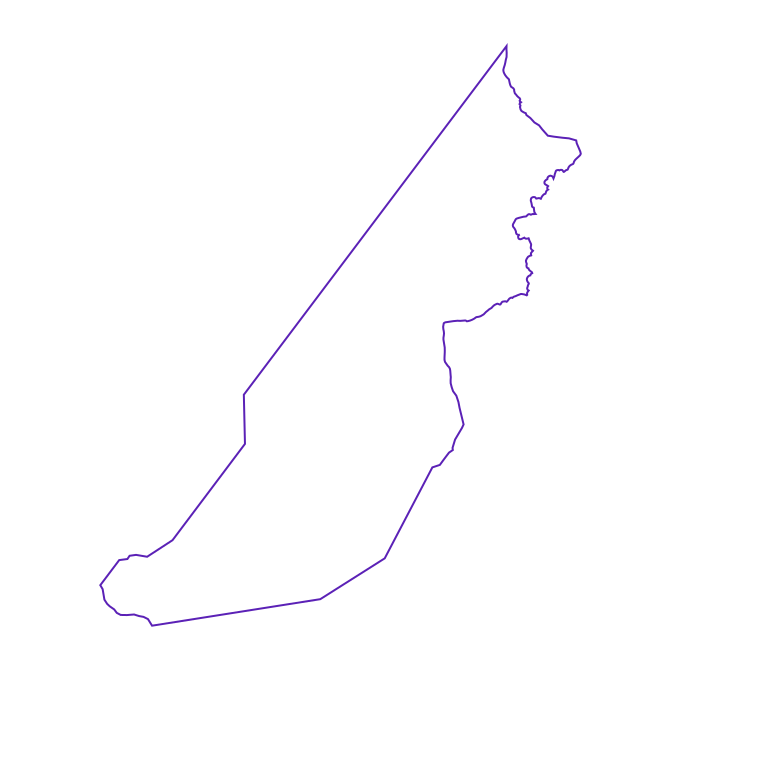 the district of Acurenam, Centro Sur, Equatorial Guinea, rotated 127°
{"feature_id": "11065452B93144755032170", "entity_name": "Acurenam", "entity_type": "district", "adm_level": 2, "iso_a3": "GNQ", "parent_name": "Equatorial Guinea", "parent_adm1": "Centro Sur", "projection": "albers", "projection_center": [10.388, 1.118], "detail": "fine", "context": "isolated", "style": "outline", "palette": "violet", "viewbox_px": 768, "rotation_deg": 127, "n_neighbors": 0, "source": "geoboundaries", "source_scale": "gbopen_adm2", "svg_char_len": 5821}
<svg xmlns="http://www.w3.org/2000/svg" viewBox="0 0 768 768"><g transform="rotate(127 384 384)"><path d="M522.8,278.5L421.5,295.2L415.0,290.7L408.7,290.8L399.7,290.8L395.3,289.3L393.8,290.8L385.6,293.8L372.1,295.3L368.4,296.1L357.5,309.4L353.6,313.7L349.8,319.2L348.2,324.5L345.9,327.9L343.2,331.3L342.9,331.5L341.0,333.0L338.3,334.8L337.0,336.0L333.5,339.1L332.2,340.5L331.4,342.1L331.1,344.1L329.8,348.1L329.6,348.6L328.5,350.0L328.3,350.1L328.2,350.3L326.3,351.7L322.2,354.5L320.7,355.6L318.3,357.5L312.7,363.3L311.2,364.4L309.5,365.3L307.5,366.5L305.8,368.1L304.5,369.6L302.7,371.2L302.5,371.3L299.8,372.7L299.6,372.7L299.4,372.8L299.2,372.7L298.8,372.6L298.6,372.5L297.9,372.2L297.6,371.9L292.1,366.5L289.2,363.3L287.7,361.1L284.5,357.5L284.3,357.2L284.1,356.7L284.1,355.7L283.4,354.9L281.5,353.4L279.5,352.2L277.3,351.2L275.5,350.7L274.8,350.3L273.4,348.9L271.8,347.7L268.4,346.3L265.1,345.9L263.2,345.4L260.9,344.9L260.7,344.8L258.5,343.9L256.8,343.8L254.7,343.4L254.4,343.3L254.2,343.2L252.2,342.2L251.8,341.9L251.7,341.8L251.6,341.6L251.5,341.4L251.4,341.2L250.8,339.2L250.3,338.9L248.0,339.1L247.7,339.0L247.3,339.0L247.1,338.9L246.9,338.8L246.7,338.7L245.4,337.4L244.9,336.8L244.5,335.5L243.3,335.3L240.8,335.3L240.1,335.2L239.0,334.7L238.8,334.6L238.6,334.5L238.5,334.3L238.3,334.2L238.2,334.0L238.1,333.8L237.9,333.2L236.8,333.1L236.1,332.8L234.5,331.7L232.8,330.8L229.8,328.9L229.3,328.3L228.0,325.8L227.3,323.4L226.6,323.3L225.9,324.0L225.4,324.4L224.9,324.6L224.3,324.7L222.3,324.7L222.4,325.4L222.3,326.0L221.9,326.7L221.5,327.2L220.7,327.6L220.0,327.8L219.6,327.9L218.9,328.3L218.2,328.5L217.3,328.6L216.8,328.7L216.4,329.0L216.3,329.7L216.0,330.6L215.6,331.5L215.3,332.0L214.6,332.8L214.0,333.2L213.1,333.5L212.5,333.6L211.5,333.6L211.0,333.5L210.3,333.3L209.8,333.0L209.2,332.5L208.8,332.7L208.2,332.8L207.6,332.8L206.8,332.6L206.3,332.3L205.8,332.9L205.7,333.3L205.7,333.9L205.7,334.9L205.6,336.5L205.4,337.0L205.0,337.9L204.7,338.3L204.8,338.5L205.0,339.1L205.0,339.3L204.9,339.9L204.8,340.3L204.4,340.8L203.9,341.3L203.4,341.7L202.2,342.2L202.1,342.4L201.0,344.0L200.4,344.6L200.0,344.9L199.8,344.9L199.6,345.0L198.9,345.2L197.9,345.4L196.2,345.5L195.7,345.5L195.0,345.2L194.0,344.8L193.4,344.4L192.9,343.9L192.7,343.8L192.3,344.3L191.7,345.0L191.4,345.2L191.2,345.2L191.0,345.4L190.8,345.4L190.6,345.4L189.5,345.4L188.3,345.2L187.9,345.2L187.9,345.4L187.9,346.7L187.7,347.5L187.2,348.5L186.6,349.0L184.2,350.3L183.6,351.0L181.9,354.3L180.9,355.7L180.6,356.2L181.4,356.8L181.5,356.9L181.7,357.1L182.3,357.8L182.6,358.3L182.7,358.8L182.8,359.6L182.7,360.0L185.4,361.5L186.0,361.9L186.5,362.5L186.7,362.9L186.9,363.8L186.6,364.5L186.2,365.0L185.6,365.6L184.9,365.8L184.1,365.9L183.5,365.7L183.0,365.5L183.7,366.0L184.1,366.4L184.2,366.6L184.3,367.2L184.4,368.1L184.4,368.3L184.4,368.5L184.2,368.9L184.1,369.0L183.6,369.8L182.8,370.4L182.5,370.9L181.7,372.3L181.1,373.8L180.9,374.8L180.7,375.4L180.4,375.9L180.0,376.4L179.4,376.8L178.7,377.1L175.2,377.6L174.3,377.7L173.7,377.9L173.0,377.9L172.3,377.7L172.1,377.6L171.9,377.5L170.2,376.3L166.5,373.3L164.7,371.4L164.4,371.3L163.8,371.2L162.8,371.1L161.9,370.9L161.3,370.6L161.2,370.5L160.8,370.0L160.7,369.7L160.5,369.1L160.5,368.8L160.0,368.3L159.1,367.8L158.5,367.3L158.4,366.9L157.7,366.1L157.0,365.3L156.8,366.0L156.3,367.0L156.1,367.5L155.5,368.1L154.5,369.1L153.5,370.0L153.1,370.4L153.0,370.5L153.2,371.2L153.3,371.8L153.2,372.4L153.1,372.6L152.7,373.1L152.4,373.3L150.7,375.2L149.5,376.8L149.0,377.3L147.8,378.0L147.6,378.0L147.4,378.1L147.2,378.1L146.8,378.2L146.6,378.2L146.1,378.0L145.4,377.7L144.8,377.2L144.4,376.7L144.0,375.9L144.0,375.1L144.3,374.0L143.9,373.6L142.5,372.4L142.1,371.8L141.9,371.0L141.7,370.2L139.9,370.6L138.5,370.7L137.2,370.6L136.8,370.5L135.9,370.3L135.7,370.1L134.9,369.6L134.5,369.7L132.8,370.3L132.6,370.3L132.4,370.4L131.6,370.4L130.9,370.3L130.5,370.2L130.1,370.0L130.1,370.4L130.0,370.6L129.7,371.1L129.1,371.6L128.9,371.8L128.6,371.9L128.4,372.0L127.2,372.0L127.2,372.6L127.3,373.6L127.4,374.4L127.5,375.3L127.4,376.0L127.1,376.6L126.6,377.1L125.9,377.5L125.4,377.6L124.6,377.6L123.5,377.4L122.9,377.2L122.2,376.8L121.8,377.0L121.6,377.1L120.9,377.5L120.1,377.6L119.3,377.5L118.7,377.3L118.0,376.9L117.5,376.5L117.1,375.5L116.9,374.8L117.0,374.2L117.1,373.6L117.6,372.8L117.9,372.3L115.5,373.0L113.6,373.9L111.4,374.6L110.6,374.9L109.8,374.9L109.1,374.5L108.3,373.7L108.0,373.2L107.9,372.5L107.4,372.3L107.2,372.2L106.9,372.0L106.7,371.8L106.2,371.2L105.9,370.5L106.0,369.7L106.5,368.3L106.5,368.2L106.2,367.9L103.7,367.3L103.2,367.0L102.4,366.4L101.4,366.5L100.3,366.9L99.7,367.0L98.5,367.0L98.3,367.0L98.1,367.0L96.4,366.5L96.2,366.4L94.6,365.5L94.1,365.4L93.6,365.5L91.9,366.1L91.6,366.1L91.4,366.1L90.2,366.2L88.6,366.0L84.8,365.3L83.2,365.1L82.1,365.3L81.7,365.4L81.1,366.1L80.2,367.2L78.3,370.5L75.9,374.7L75.8,374.9L75.7,375.0L73.8,377.1L76.5,384.1L80.0,389.8L84.3,397.3L87.1,402.6L85.4,411.0L84.1,415.8L84.6,421.3L83.5,427.2L83.5,432.1L82.4,433.8L82.7,434.7L83.0,436.2L83.2,438.5L82.8,439.6L82.3,440.5L81.3,441.6L81.1,442.0L80.6,442.3L79.9,442.4L79.4,442.7L79.2,443.2L79.0,444.1L77.8,444.6L77.1,444.2L76.5,444.1L76.6,445.2L76.2,446.1L75.5,446.2L74.6,446.6L74.1,447.7L74.1,449.0L73.9,450.9L73.4,452.7L73.1,454.4L71.6,456.4L70.5,457.3L70.0,458.6L70.1,461.5L69.3,463.0L68.2,464.5L65.5,467.6L65.1,470.6L64.4,473.1L63.6,474.9L62.7,476.4L61.4,477.7L59.6,478.5L56.7,479.5L54.4,480.5L51.6,481.9L49.1,482.9L47.7,483.9L45.6,485.4L42.8,487.8L40.4,489.5L40.5,489.5L476.9,489.5L515.5,459.0L636.0,458.9L664.5,469.2L669.7,479.2L674.3,483.8L678.2,483.6L684.0,489.5L715.4,489.5L717.2,485.2L724.5,477.5L726.2,472.8L726.6,469.3L726.4,463.8L727.6,459.7L726.9,455.3L723.2,450.2L718.5,444.9L716.7,439.9L714.7,435.9L713.8,431.0L716.6,423.8L594.2,305.4L522.8,278.5Z" fill="none" stroke="#5b21b6" stroke-width="2"/></g></svg>